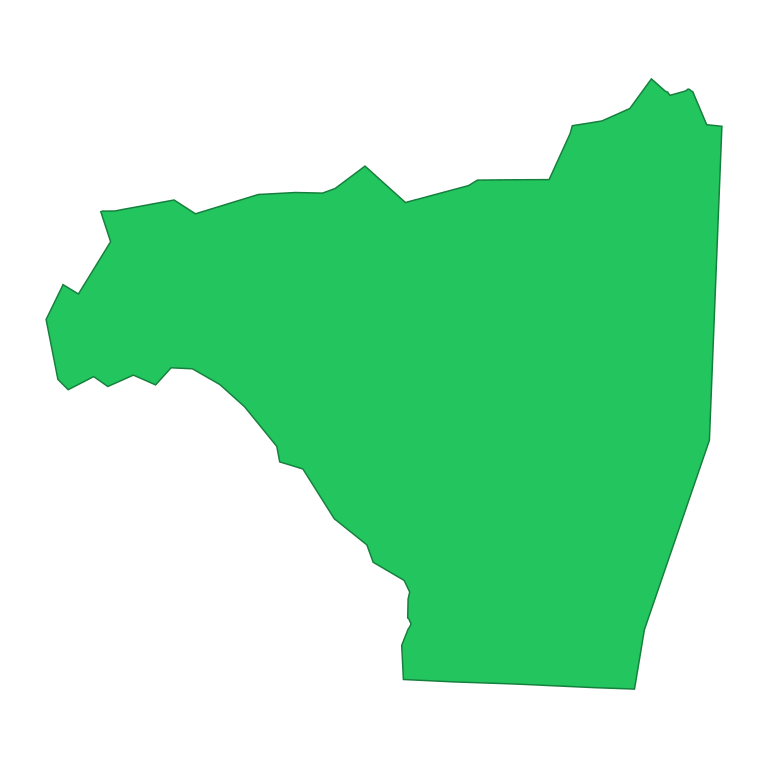 the district of Rutherford, North Carolina, United States of America
{"feature_id": "52423323B2648092614406", "entity_name": "Rutherford", "entity_type": "district", "adm_level": 2, "iso_a3": "USA", "parent_name": "United States of America", "parent_adm1": "North Carolina", "projection": "mercator", "projection_center": [-81.972, 35.397], "detail": "fine", "context": "isolated", "style": "filled", "palette": "green", "viewbox_px": 768, "rotation_deg": 0, "n_neighbors": 0, "source": "geoboundaries", "source_scale": "gbopen_adm2", "svg_char_len": 1059}
<svg xmlns="http://www.w3.org/2000/svg" viewBox="0 0 768 768"><path d="M68.2,389.7L93.7,376.6L107.8,386.5L133.4,375.1L155.6,384.9L171.1,367.8L192.4,368.8L219.9,384.6L244.6,406.8L276.8,446.4L279.7,461.9L302.9,469.0L334.3,518.8L366.9,544.9L373.2,562.3L404.1,580.4L409.7,592.0L408.2,598.6L408.1,599.0L407.7,617.9L409.2,619.5L409.7,621.3L410.6,622.6L410.9,623.8L410.8,624.5L409.6,627.0L408.2,629.0L401.7,645.3L403.4,679.5L453.7,681.9L512.1,683.9L512.4,683.9L595.5,687.7L629.6,688.9L634.5,689.1L644.4,629.7L709.4,440.3L721.9,126.3L706.7,124.7L692.7,91.6L691.7,91.3L689.8,89.6L688.5,89.1L687.8,89.2L686.0,90.7L684.4,91.3L670.0,95.3L669.2,94.3L668.4,93.3L667.9,92.2L665.3,91.2L651.4,78.9L629.8,108.5L601.7,121.0L572.3,125.7L570.2,133.4L549.1,179.6L509.4,179.8L477.4,180.1L468.5,185.6L405.4,202.5L365.0,166.1L335.1,188.5L322.5,193.1L295.5,192.5L258.3,194.5L195.4,213.8L174.1,200.0L121.9,209.6L115.0,211.0L102.4,211.1L100.8,211.7L110.6,241.7L78.4,294.0L63.0,284.6L61.8,287.3L46.1,319.5L57.9,379.4L68.2,389.7Z" fill="#22c55e" stroke="#15803d" stroke-width="1.5"/></svg>